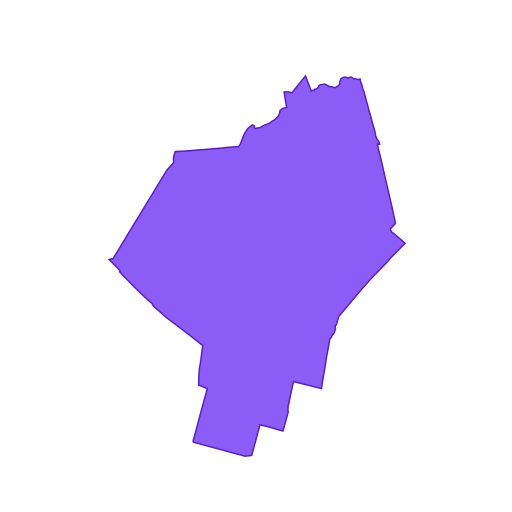 the district of Balesti, Vrancea, Romania, rotated 194°
{"feature_id": "2599482B89340498251643", "entity_name": "Balesti", "entity_type": "district", "adm_level": 2, "iso_a3": "ROU", "parent_name": "Romania", "parent_adm1": "Vrancea", "projection": "albers", "projection_center": [27.24, 45.473], "detail": "fine", "context": "isolated", "style": "filled", "palette": "violet", "viewbox_px": 512, "rotation_deg": 194, "n_neighbors": 0, "source": "geoboundaries", "source_scale": "gbopen_adm2", "svg_char_len": 4450}
<svg xmlns="http://www.w3.org/2000/svg" viewBox="0 0 512 512"><g transform="rotate(194 256 256)"><path d="M397.6,217.1L395.0,215.5L393.4,214.5L384.3,208.8L384.4,207.6L376.8,202.8L369.3,198.1L364.0,195.0L354.0,189.2L349.8,187.0L347.5,185.8L345.7,185.0L343.7,182.9L343.2,182.4L339.9,180.8L337.5,179.6L335.0,178.2L332.2,176.7L330.2,175.7L327.2,174.3L326.9,174.1L313.3,168.3L313.0,168.2L300.6,162.8L286.0,156.2L284.0,138.1L283.8,133.5L282.3,125.3L280.7,117.8L280.5,117.4L280.5,116.9L271.2,115.6L271.2,113.9L271.5,101.5L271.9,82.3L271.9,80.1L272.2,63.3L272.3,62.0L272.3,61.2L272.2,60.9L272.1,60.6L271.9,60.4L271.6,60.3L268.5,60.1L251.7,59.8L247.7,59.7L231.8,59.4L226.9,59.3L218.2,59.1L216.6,59.7L213.8,60.7L211.9,61.6L211.9,63.7L211.8,67.4L211.7,71.9L211.7,74.3L211.6,76.7L211.6,83.7L211.4,87.8L211.3,93.2L211.2,93.2L202.6,93.2L187.5,92.7L187.2,102.2L187.0,112.8L187.6,113.5L188.7,119.1L188.4,119.4L188.9,131.3L189.3,143.3L186.4,143.2L181.1,143.2L174.0,143.2L160.4,143.2L160.7,146.7L161.1,150.5L162.2,165.3L162.3,166.9L162.6,169.6L163.0,173.0L163.3,178.0L163.7,185.2L164.3,193.6L163.3,194.9L163.0,197.1L162.3,198.9L161.7,199.8L161.5,200.5L161.2,204.6L162.0,205.9L162.2,207.8L161.6,208.3L161.3,210.5L161.2,215.3L160.8,218.4L159.9,219.7L156.5,226.7L154.7,230.3L149.4,241.3L144.5,251.1L142.7,254.5L140.9,258.0L137.2,264.8L132.7,272.5L126.4,283.5L124.7,287.1L119.4,296.0L114.4,304.4L122.6,308.6L127.1,310.8L130.4,312.3L132.2,314.6L130.2,318.4L128.6,321.5L129.7,323.7L130.4,325.3L134.0,332.5L135.0,334.6L136.6,337.8L139.1,342.7L145.6,355.4L151.2,366.3L152.6,369.2L155.0,374.0L160.1,383.8L164.7,392.6L165.3,393.9L164.7,394.1L164.3,394.2L163.9,394.1L163.1,394.5L164.3,396.5L164.8,396.9L165.5,397.5L166.1,398.0L167.4,399.3L168.0,400.1L168.6,401.0L169.5,402.6L169.7,403.3L171.1,406.2L171.9,407.7L172.9,409.3L175.7,414.1L178.1,418.6L181.0,423.6L185.4,431.4L188.2,436.4L191.2,441.9L191.9,442.8L192.7,443.8L192.9,444.2L193.6,445.6L194.8,447.7L195.4,448.7L195.8,449.3L196.4,450.1L196.8,450.7L197.2,451.5L197.5,452.5L197.7,452.9L198.2,452.7L198.6,452.5L199.2,452.1L199.8,451.9L200.1,451.9L200.5,451.9L200.9,452.0L201.4,452.1L201.9,452.0L202.5,451.9L203.5,451.7L204.3,451.6L204.9,451.7L205.3,452.0L206.1,452.5L206.7,452.6L207.3,452.5L208.0,452.2L208.6,451.7L209.3,451.3L209.8,451.1L210.7,451.0L211.5,451.0L212.2,451.2L212.7,451.2L213.3,451.1L214.5,450.4L215.1,449.8L216.1,449.0L216.6,448.2L216.7,447.1L216.8,445.6L216.7,444.4L216.5,443.5L216.6,442.9L216.7,442.2L217.4,441.1L217.9,440.4L218.5,439.9L219.4,439.0L220.2,438.4L220.8,438.3L221.6,438.4L223.0,438.6L223.7,438.5L224.2,438.5L224.8,438.4L225.2,438.1L225.6,438.1L226.0,438.2L227.0,438.5L227.6,438.7L228.5,438.9L229.6,439.2L230.7,439.4L231.8,439.1L232.6,438.7L233.7,438.2L234.5,437.9L235.3,437.5L235.7,437.1L236.1,436.3L236.5,434.4L236.8,434.0L237.6,432.9L237.9,432.5L238.4,432.4L238.8,432.3L239.3,432.0L239.6,431.3L239.8,430.7L240.0,430.3L240.7,430.5L241.3,430.4L241.8,430.0L242.3,429.4L251.4,442.5L251.6,442.7L254.5,436.3L258.6,427.5L260.5,423.3L260.7,423.1L261.0,423.0L261.4,422.9L261.8,423.0L262.7,423.1L263.7,423.1L264.4,423.0L266.5,422.5L268.4,422.0L264.4,412.5L263.2,409.8L262.9,409.3L262.2,407.6L263.7,406.8L265.2,405.9L266.3,405.1L267.1,404.0L267.8,402.9L267.9,402.4L267.8,401.8L267.7,400.8L267.7,399.9L267.8,398.6L268.1,397.6L268.7,396.2L269.5,394.7L270.2,393.7L271.3,392.3L272.3,391.4L273.5,390.1L274.3,389.1L275.2,388.0L276.0,387.3L277.5,386.3L280.1,384.4L281.6,383.1L282.7,382.0L283.1,381.6L283.5,381.4L284.1,381.1L285.5,380.5L286.0,380.4L286.7,379.9L287.3,379.6L287.6,379.6L287.9,379.5L288.2,379.7L288.5,380.0L288.7,380.5L288.8,381.5L289.1,381.8L291.5,382.3L291.9,381.4L292.2,380.9L293.3,379.7L294.4,378.3L294.9,377.5L295.2,376.8L296.0,374.5L296.5,372.9L296.7,372.4L297.1,370.3L297.5,367.2L297.7,365.7L297.7,364.8L297.9,363.8L298.1,362.3L298.3,360.8L298.6,359.7L299.1,358.5L299.6,357.6L300.8,357.4L304.0,356.5L312.8,353.5L313.2,353.2L332.2,346.7L332.7,346.5L334.8,345.9L336.9,345.2L348.7,341.2L350.5,340.6L355.0,339.2L357.5,338.5L359.7,337.8L359.8,335.7L359.9,333.6L359.9,332.0L359.6,330.5L359.2,328.8L358.6,327.1L358.6,326.6L359.9,323.9L362.9,318.6L363.5,317.0L364.7,313.2L366.8,306.3L367.9,303.0L368.7,300.4L370.8,293.6L372.4,288.3L374.6,281.4L376.1,276.5L377.2,273.0L378.4,268.9L380.4,262.8L382.5,256.1L384.3,250.2L386.2,244.2L387.3,240.3L388.6,236.4L389.8,232.5L391.3,227.5L393.2,221.8L394.1,218.8L395.5,218.3L397.0,217.4L397.6,217.1Z" fill="#8b5cf6" stroke="#5b21b6" stroke-width="1.5"/></g></svg>